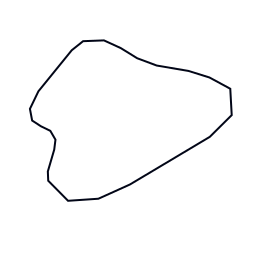 Kosrae, orthographic projection, rotated 190°
{"feature_id": "FSM-4944", "entity_name": "Kosrae", "entity_type": "state/province", "adm_level": 1, "iso_a3": "FSM", "parent_name": "Federated States of Micronesia", "parent_adm1": "", "projection": "orthographic", "projection_center": [162.997, 5.325], "detail": "fine", "context": "isolated", "style": "outline", "palette": "ink", "viewbox_px": 256, "rotation_deg": 190, "n_neighbors": 0, "source": "natural_earth", "source_scale": "10m", "svg_char_len": 443}
<svg xmlns="http://www.w3.org/2000/svg" viewBox="0 0 256 256"><g transform="rotate(190 128 128)"><path d="M197.4,103.9L204.0,111.7L214.1,114.6L223.7,118.7L227.9,129.8L222.6,148.6L196.9,194.8L187.3,205.7L166.9,210.1L148.9,205.4L131.1,198.3L110.6,194.5L78.4,194.7L56.6,191.9L34.1,184.4L28.1,158.7L45.9,133.5L116.3,72.7L144.9,53.2L174.4,45.9L197.4,62.2L199.4,71.3L196.9,93.9L197.4,103.9Z" fill="none" stroke="#020617" stroke-width="2"/></g></svg>